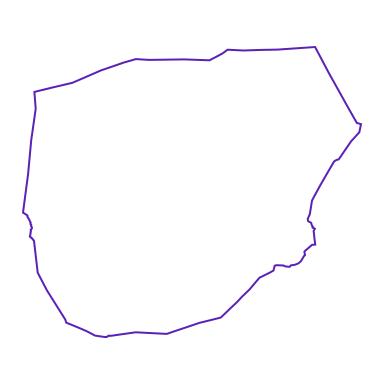 outline of Erdenecagaan, Sühbaatar, Mongolia
{"feature_id": "93677404B19681848213060", "entity_name": "Erdenecagaan", "entity_type": "district", "adm_level": 2, "iso_a3": "MNG", "parent_name": "Mongolia", "parent_adm1": "Sühbaatar", "projection": "orthographic", "projection_center": [115.133, 46.001], "detail": "fine", "context": "isolated", "style": "outline", "palette": "violet", "viewbox_px": 384, "rotation_deg": 0, "n_neighbors": 0, "source": "geoboundaries", "source_scale": "gbopen_adm2", "svg_char_len": 2468}
<svg xmlns="http://www.w3.org/2000/svg" viewBox="0 0 384 384"><path d="M31.9,227.5L31.9,227.8L31.8,228.1L31.8,228.4L31.6,228.5L31.6,228.8L31.5,229.0L31.4,229.1L31.2,229.2L31.0,229.4L30.9,229.5L30.7,229.8L30.7,230.1L30.8,230.5L31.0,231.0L30.9,231.3L30.8,231.5L30.8,232.0L30.7,232.2L30.7,232.4L30.6,232.6L30.6,233.0L30.5,233.4L30.4,233.8L30.4,234.1L30.5,234.3L30.4,234.5L30.2,235.0L30.0,235.6L29.8,236.0L29.9,236.3L30.0,236.5L30.1,236.9L30.3,237.1L30.6,237.2L31.0,237.3L31.4,237.6L31.5,237.7L31.5,237.9L31.5,238.1L31.7,238.3L32.0,238.4L32.3,238.7L32.5,238.8L33.2,239.9L33.4,240.2L33.8,240.4L34.0,240.8L37.7,272.7L46.9,290.3L65.3,319.6L66.3,322.7L67.3,323.1L71.8,324.9L78.1,327.5L86.5,331.1L95.1,335.6L100.5,336.4L104.7,337.0L106.6,337.0L107.2,336.5L107.3,336.5L107.5,336.4L107.9,336.3L108.0,336.3L108.1,336.2L108.3,336.0L108.5,335.8L108.8,335.7L109.0,335.6L109.5,335.7L109.6,335.8L109.8,335.8L110.0,335.9L110.3,335.9L111.0,335.8L123.6,334.0L135.6,332.3L143.7,332.7L147.3,332.9L162.8,333.7L166.7,333.9L177.3,330.3L189.0,326.4L199.3,322.9L211.9,319.8L220.7,317.6L226.3,312.3L230.3,308.4L237.3,301.8L241.9,296.8L249.6,289.4L255.8,282.0L259.5,277.7L270.4,272.3L273.5,270.5L274.7,265.8L276.3,265.2L281.5,265.4L283.5,265.5L284.3,266.0L285.9,266.5L289.6,266.8L291.0,265.3L294.5,264.9L298.4,263.4L300.8,261.3L304.1,255.9L305.0,255.2L304.4,251.8L305.1,250.8L306.8,249.4L309.1,247.4L312.1,244.8L315.2,244.6L314.3,237.1L313.9,233.1L313.6,231.1L314.9,228.7L314.6,228.4L312.7,227.8L312.4,227.2L312.8,226.7L311.7,225.0L311.2,222.9L308.1,221.1L307.7,218.9L309.8,214.2L310.5,210.0L312.0,200.6L314.1,196.6L320.1,185.6L325.0,177.1L330.9,166.9L333.4,162.6L334.3,161.3L335.6,160.5L337.1,159.7L338.7,159.4L342.2,154.3L345.6,149.3L351.2,141.2L359.3,132.3L361.0,124.2L356.8,122.9L347.5,106.5L328.9,73.1L315.1,47.0L277.6,49.6L261.4,49.9L243.5,50.5L227.6,49.7L222.4,53.5L209.5,60.3L184.2,59.4L149.1,59.9L135.8,59.1L123.6,62.6L101.0,70.4L72.4,82.8L52.0,87.6L34.4,91.9L35.7,108.9L31.2,140.4L28.1,174.0L23.0,212.6L27.4,215.4L27.5,215.9L27.4,216.2L27.5,216.5L27.5,216.8L27.7,217.1L27.8,217.2L27.8,217.5L28.0,217.8L28.3,218.3L28.7,218.7L29.1,219.4L29.3,219.7L29.4,219.9L29.4,220.1L29.4,220.4L29.6,220.7L29.9,221.2L30.0,221.5L30.3,221.9L30.4,222.0L30.4,222.3L30.4,222.5L30.6,222.7L30.6,222.8L30.7,223.1L30.6,223.5L30.4,223.9L30.5,224.1L30.7,224.4L31.2,224.8L31.1,225.1L31.1,225.6L31.1,226.0L31.2,226.3L31.4,226.5L31.5,226.5L31.7,226.9L31.9,227.5Z" fill="none" stroke="#5b21b6" stroke-width="2"/></svg>